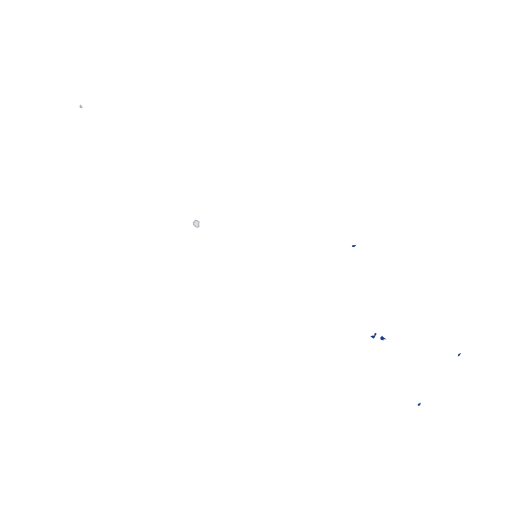 Chuuk on a map of Federated States of Micronesia (Albers equal-area conic projection), rotated 208°
{"feature_id": "FSM-4942", "entity_name": "Chuuk", "entity_type": "state/province", "adm_level": 1, "iso_a3": "FSM", "parent_name": "Federated States of Micronesia", "parent_adm1": "", "projection": "albers", "projection_center": [151.099, 7.137], "detail": "coarse", "context": "in_parent", "style": "filled", "palette": "blue", "viewbox_px": 512, "rotation_deg": 208, "n_neighbors": 0, "source": "natural_earth", "source_scale": "10m", "svg_char_len": 1297}
<svg xmlns="http://www.w3.org/2000/svg" viewBox="0 0 512 512"><g transform="rotate(208 256 256)"><path d="M326.5,258.9L324.6,259.6L322.2,259.3L321.4,256.6L320.3,255.9L320.5,254.6L322.2,253.5L325.8,254.3L327.1,256.2L326.3,257.5L326.5,258.9ZM107.0,243.0L106.7,243.5L104.7,243.3L104.4,243.1L104.6,242.9L105.5,242.7L105.6,242.1L105.2,241.9L105.6,241.6L106.4,241.6L106.8,241.9L107.0,242.5L107.0,243.0ZM481.4,305.0L481.8,306.6L479.7,305.9L479.4,305.3L480.6,304.7L481.4,305.0ZM114.6,240.2L114.1,240.4L113.8,240.2L113.9,239.3L114.1,239.1L114.6,239.0L115.6,239.2L115.7,239.5L114.6,240.2Z" fill="#d9dde1" stroke="#a8b0b8" stroke-width="1"/><path d="M105.0,241.8L106.1,241.5L106.6,241.7L107.0,242.3L107.1,242.8L106.9,243.4L106.5,243.7L106.1,243.2L105.9,243.2L105.6,243.4L104.3,243.2L105.1,242.8L106.0,242.6L106.1,242.4L106.0,242.1L105.3,242.2L105.0,241.8ZM114.5,239.3L114.7,239.1L115.8,239.3L114.9,240.1L113.8,240.4L113.8,239.7L114.0,239.1L114.5,239.3ZM173.8,311.2L173.9,310.8L174.3,310.4L174.9,310.1L175.2,310.2L175.1,310.5L173.8,311.2ZM42.0,202.2L41.9,201.8L42.0,201.3L42.2,200.8L42.6,200.9L42.7,201.2L42.0,202.2ZM113.8,244.0L113.7,242.8L113.8,242.2L114.0,242.5L114.1,242.9L113.8,244.0ZM30.2,264.5L30.2,264.0L30.4,263.7L30.5,264.1L30.2,264.5Z" fill="#3b82f6" stroke="#1e3a8a" stroke-width="1.5"/></g></svg>